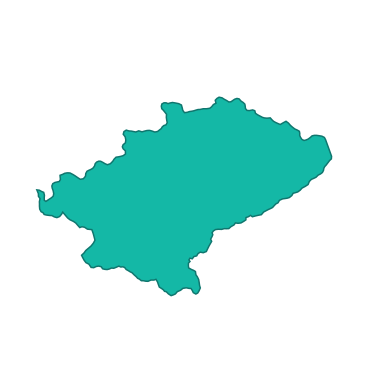 outline of Colinas do Tocantins, Tocantins, Brazil, rotated 62°
{"feature_id": "56859067B57184865467737", "entity_name": "Colinas do Tocantins", "entity_type": "district", "adm_level": 2, "iso_a3": "BRA", "parent_name": "Brazil", "parent_adm1": "Tocantins", "projection": "orthographic", "projection_center": [-48.535, -8.07], "detail": "fine", "context": "isolated", "style": "filled", "palette": "teal", "viewbox_px": 384, "rotation_deg": 62, "n_neighbors": 0, "source": "geoboundaries", "source_scale": "gbopen_adm2", "svg_char_len": 4336}
<svg xmlns="http://www.w3.org/2000/svg" viewBox="0 0 384 384"><g transform="rotate(62 192 192)"><path d="M117.3,328.0L121.3,328.4L123.7,329.6L126.5,329.3L128.9,331.3L131.0,332.3L132.8,333.3L135.6,334.5L138.5,334.5L140.5,333.2L142.4,333.1L143.8,331.6L145.7,329.0L147.1,326.7L149.3,325.3L151.2,323.3L151.5,320.4L150.4,317.6L149.1,315.6L156.5,314.0L159.2,312.8L162.3,310.5L164.8,309.2L168.7,308.3L170.7,307.8L171.0,305.5L172.7,303.4L175.7,301.8L178.2,298.1L182.2,298.7L185.7,299.5L189.0,300.3L190.9,303.2L192.3,306.5L193.8,313.3L195.1,315.9L196.0,319.2L198.3,319.3L201.5,319.3L204.6,318.8L207.3,316.9L209.3,316.7L211.2,316.5L212.7,314.3L212.8,311.6L213.6,309.2L215.4,307.2L217.8,307.0L219.2,305.5L220.6,303.4L221.2,301.1L221.3,298.9L222.6,296.9L222.9,294.3L223.1,291.4L224.8,290.1L225.6,288.1L227.1,286.9L229.5,286.5L231.5,285.2L233.4,284.1L235.2,282.8L237.7,282.1L240.6,281.0L242.7,280.5L244.3,279.3L246.5,278.4L247.5,276.6L249.0,274.8L250.2,272.8L250.5,269.6L251.9,266.9L252.2,264.8L255.2,264.7L258.3,265.2L260.6,265.5L262.9,264.2L264.9,263.2L266.8,262.9L268.0,261.5L270.8,260.7L273.7,259.1L274.1,256.6L274.2,254.5L273.1,251.8L273.4,248.2L272.8,245.3L273.9,242.0L275.7,239.9L276.7,238.2L278.9,238.0L281.5,238.1L283.9,236.5L283.9,234.4L282.6,232.2L280.6,229.7L278.1,229.2L275.4,228.2L272.4,227.2L269.4,227.1L266.9,227.4L263.8,226.3L261.9,227.4L260.1,228.9L257.4,230.6L255.2,229.7L253.1,228.5L252.4,226.4L250.5,226.6L249.5,224.9L251.1,223.1L249.9,220.6L250.6,217.9L249.2,215.6L249.0,212.9L250.9,210.6L251.3,207.3L249.5,204.9L247.9,202.7L246.3,200.2L244.8,197.8L242.4,197.7L240.8,195.3L239.5,193.7L237.4,193.4L236.4,191.3L236.2,188.9L237.2,186.3L238.9,183.4L239.5,180.7L240.6,178.8L241.6,176.7L240.9,173.9L240.8,170.4L239.7,168.2L241.2,166.1L242.3,163.3L242.2,160.1L241.9,157.5L239.9,156.4L240.3,153.6L240.1,151.3L242.2,150.3L242.9,147.3L243.7,144.3L244.6,141.4L243.3,138.1L243.3,135.8L243.3,133.2L243.5,130.2L243.5,128.1L242.7,126.0L241.9,123.6L241.9,121.1L240.4,118.7L240.6,115.2L241.6,112.5L242.2,110.7L242.6,108.6L242.0,105.5L240.6,103.3L241.1,101.2L241.6,98.6L241.2,95.7L240.2,93.0L240.2,89.4L239.9,86.0L237.8,83.5L236.9,80.7L237.1,78.0L237.2,75.6L236.3,72.6L236.4,70.1L236.0,67.7L234.7,65.8L233.0,64.5L231.9,62.9L231.2,60.9L230.0,58.3L228.8,55.7L228.2,53.4L226.0,52.0L208.5,49.5L206.0,49.5L203.7,51.1L202.0,53.3L200.4,55.5L199.4,57.4L198.8,59.6L199.4,62.0L199.8,64.5L199.6,66.9L199.1,68.9L197.1,70.3L194.4,70.5L192.5,70.3L190.8,69.3L188.8,68.7L186.7,70.0L184.5,71.7L181.8,72.9L179.4,73.8L176.4,74.5L173.7,75.8L173.7,79.1L173.8,82.4L172.1,83.8L169.9,85.5L167.9,86.8L165.8,87.5L163.3,88.1L162.0,91.2L160.5,93.4L159.1,94.8L157.6,95.8L156.0,96.9L154.5,97.9L152.3,99.0L149.7,98.4L148.0,99.9L147.0,103.3L145.7,105.2L143.3,105.6L141.2,104.7L139.2,104.1L137.0,104.8L134.8,106.0L131.9,106.7L130.5,108.4L130.1,110.9L130.4,113.3L130.6,115.3L129.8,117.2L127.6,118.4L125.2,120.0L122.9,121.3L121.0,123.6L121.1,126.0L121.9,128.4L124.9,129.2L124.8,132.0L126.0,134.7L126.4,137.0L125.3,140.1L123.8,142.9L122.9,146.1L122.0,148.0L121.5,150.3L121.1,152.5L120.5,154.5L119.8,156.4L119.4,158.8L118.4,161.4L115.6,161.8L113.0,161.1L110.2,160.5L107.8,162.2L105.9,164.5L103.8,167.2L103.1,169.6L102.7,171.7L101.2,172.9L100.1,174.8L100.1,177.2L101.8,178.8L104.3,179.6L106.1,179.0L108.6,178.5L111.4,178.0L114.0,179.6L116.7,180.6L119.1,181.3L120.5,183.4L120.1,185.6L120.5,187.6L121.6,189.4L121.9,191.3L122.4,194.0L121.6,196.7L119.6,198.5L117.7,200.5L116.6,202.8L115.9,205.5L115.4,207.9L113.0,210.3L112.6,213.5L111.3,215.1L109.8,216.9L108.4,219.1L106.5,221.0L106.7,223.7L108.7,225.6L111.9,225.1L114.9,226.0L117.3,227.7L117.9,230.6L119.4,232.3L121.5,232.5L124.4,231.5L127.2,232.9L127.6,235.8L127.1,238.1L126.4,240.5L125.6,242.7L126.4,245.3L127.7,247.6L128.7,250.8L128.2,253.9L126.2,255.5L124.0,256.8L122.0,258.2L121.0,259.8L120.8,262.1L121.5,264.1L123.4,266.0L124.5,268.5L124.6,270.9L124.4,272.8L124.4,275.0L125.8,277.1L128.1,278.7L129.3,281.7L128.3,284.7L125.4,286.3L122.7,287.7L120.5,289.0L117.9,290.8L116.5,293.2L115.7,295.7L115.7,297.8L115.3,300.7L117.4,301.6L119.2,302.3L120.4,304.3L119.8,306.5L119.2,308.6L119.3,311.0L120.9,312.9L122.9,313.6L125.7,314.0L128.6,314.9L130.6,316.6L131.1,318.9L131.4,322.1L131.7,325.4L130.0,326.3L127.9,325.3L125.6,323.8L122.7,323.1L121.0,324.5L118.7,326.0L117.3,328.0Z" fill="#14b8a6" stroke="#0f766e" stroke-width="1.5"/></g></svg>